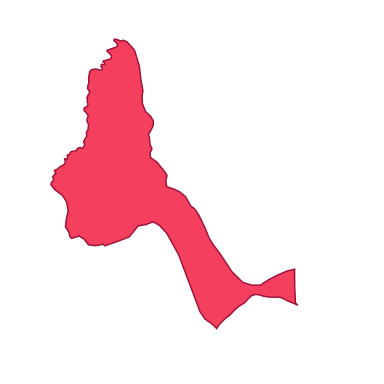 Cavala, Grand Gedeh, Liberia (Mercator projection), rotated 289°
{"feature_id": "62588387B63271162227743", "entity_name": "Cavala", "entity_type": "district", "adm_level": 2, "iso_a3": "LBR", "parent_name": "Liberia", "parent_adm1": "Grand Gedeh", "projection": "mercator", "projection_center": [-8.18, 6.013], "detail": "fine", "context": "isolated", "style": "filled", "palette": "rose", "viewbox_px": 384, "rotation_deg": 289, "n_neighbors": 0, "source": "geoboundaries", "source_scale": "gbopen_adm2", "svg_char_len": 2987}
<svg xmlns="http://www.w3.org/2000/svg" viewBox="0 0 384 384"><g transform="rotate(289 192 192)"><path d="M152.4,314.2L148.5,307.9L141.7,300.4L134.7,293.6L129.3,289.3L126.3,287.2L123.4,278.9L123.3,278.5L123.1,269.3L129.6,255.7L141.8,239.8L149.6,228.6L153.1,224.3L153.8,223.4L161.8,216.4L171.6,206.8L173.0,205.1L175.8,201.6L177.4,198.8L178.1,195.7L178.8,194.9L182.1,191.2L185.5,187.4L188.3,179.7L188.8,173.6L188.8,166.3L189.6,165.9L194.4,163.5L199.5,163.0L202.4,159.5L202.5,159.3L203.9,157.0L204.0,156.8L208.5,149.6L208.9,148.9L210.9,141.7L215.1,139.6L219.8,140.1L223.3,136.8L230.1,133.8L231.9,132.1L235.2,132.7L238.5,133.3L241.4,133.5L242.7,133.6L246.4,132.4L249.9,128.6L253.1,121.7L259.4,116.3L262.3,115.2L265.5,113.9L265.9,113.7L271.8,112.6L279.3,108.4L280.5,107.7L287.2,104.4L293.7,101.3L297.6,98.5L301.5,95.7L307.3,91.5L309.7,87.5L312.9,81.4L313.1,77.5L312.9,77.5L311.8,76.3L311.7,74.2L311.7,71.4L311.5,69.3L310.4,68.7L309.6,68.9L309.2,70.8L308.0,72.5L306.4,74.0L304.4,73.1L302.8,71.2L298.4,65.6L297.4,65.8L296.7,67.6L295.3,70.5L293.8,71.9L292.7,72.0L290.9,71.2L288.8,68.1L287.3,65.8L286.2,65.5L285.9,66.3L285.7,67.3L284.9,67.7L284.3,68.0L283.7,67.3L283.6,66.5L283.4,65.1L282.6,64.8L280.9,65.1L280.5,66.1L279.3,67.1L278.7,67.2L277.4,66.4L277.2,62.4L276.8,60.4L275.6,58.1L274.0,56.6L272.4,56.2L269.6,56.6L267.1,56.9L266.1,57.2L264.3,57.8L261.2,59.1L259.1,58.9L255.7,59.6L254.6,61.1L253.3,62.7L251.6,62.7L249.2,62.1L246.6,62.1L245.2,63.0L243.3,63.6L241.2,65.0L239.3,65.3L237.7,64.0L236.5,62.8L235.1,62.9L233.6,63.9L232.7,65.8L231.1,68.3L230.0,69.1L227.1,69.0L225.5,69.3L224.0,70.3L222.3,72.1L217.7,73.3L214.0,72.8L213.1,73.0L211.7,73.9L210.0,74.2L207.6,73.6L205.5,73.3L203.9,73.2L203.3,73.9L202.5,74.9L201.6,75.1L198.3,74.8L197.6,73.6L197.7,71.4L195.4,69.3L193.1,68.9L192.5,67.7L191.7,65.8L190.9,64.7L189.0,63.9L187.5,63.9L187.0,63.3L186.5,62.1L185.4,62.3L184.6,63.1L183.1,63.2L182.4,63.1L182.4,62.7L182.4,61.9L181.8,60.8L181.0,61.1L180.0,62.2L178.4,62.6L176.2,61.9L175.4,61.2L173.3,59.4L168.8,56.5L168.7,55.8L167.4,55.0L166.1,56.2L165.2,57.2L163.0,55.9L160.8,55.3L160.2,55.9L159.6,56.6L157.9,57.1L154.7,55.9L153.4,56.2L153.0,56.2L149.5,61.6L146.7,70.5L144.3,73.5L141.8,76.6L134.2,81.0L133.3,81.1L124.8,82.1L117.8,83.8L114.1,88.5L110.1,91.1L108.9,93.2L111.5,96.7L113.6,99.5L112.4,105.2L108.4,111.3L109.8,118.3L110.0,118.6L113.6,124.9L112.8,127.3L124.3,141.6L129.1,147.2L142.4,152.1L146.3,159.2L151.2,165.0L149.8,172.1L144.7,181.7L128.2,199.9L105.5,218.7L81.4,238.6L79.6,241.1L76.1,245.7L75.0,249.5L73.7,254.1L70.9,259.8L75.7,261.0L79.9,263.0L83.6,264.8L87.8,267.8L93.5,270.3L94.0,270.6L98.9,273.3L103.9,277.4L109.3,280.0L111.6,281.1L113.2,282.0L113.5,282.4L114.5,283.6L115.3,284.5L115.5,284.7L115.8,285.5L116.6,288.6L116.8,293.4L117.6,298.6L119.7,305.1L120.5,307.2L120.9,308.4L121.1,311.0L121.0,312.0L120.9,314.3L120.2,317.8L119.8,324.4L119.4,329.0L120.7,326.0L121.4,325.7L126.3,323.8L134.9,320.3L151.3,314.5L152.4,314.2Z" fill="#f43f5e" stroke="#9f1239" stroke-width="1.5"/></g></svg>